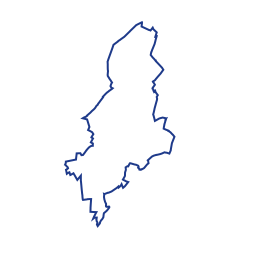 the district of Tukums, Tukums, Latvia, rotated 115°
{"feature_id": "27541924B84924671818931", "entity_name": "Tukums", "entity_type": "district", "adm_level": 2, "iso_a3": "LVA", "parent_name": "Latvia", "parent_adm1": "Tukums", "projection": "robinson", "projection_center": [23.156, 56.969], "detail": "fine", "context": "isolated", "style": "outline", "palette": "blue", "viewbox_px": 256, "rotation_deg": 115, "n_neighbors": 0, "source": "geoboundaries", "source_scale": "gbopen_adm2", "svg_char_len": 5496}
<svg xmlns="http://www.w3.org/2000/svg" viewBox="0 0 256 256"><g transform="rotate(115 128 128)"><path d="M129.1,80.2L123.1,81.8L122.9,81.8L119.5,82.0L116.3,82.2L115.1,84.6L115.0,85.1L113.9,87.8L113.9,88.0L113.6,89.9L113.6,90.2L113.3,90.2L113.3,90.4L113.4,91.8L113.5,93.1L113.5,95.4L112.5,95.7L112.2,95.8L111.9,95.9L111.0,96.1L109.8,96.4L109.7,96.4L109.6,96.5L108.6,96.7L107.4,96.8L106.5,97.0L105.6,97.1L104.7,97.2L103.9,97.3L103.6,97.4L103.4,97.4L103.5,97.5L103.1,97.5L103.9,101.0L105.3,102.7L106.2,103.7L109.4,106.0L110.2,106.6L107.9,108.4L107.0,109.2L105.9,110.1L105.7,110.3L105.1,110.9L103.9,111.1L103.3,111.2L100.1,111.9L98.9,112.2L95.9,112.7L94.8,112.9L90.5,113.6L90.4,113.6L90.1,113.7L89.3,113.9L87.7,115.1L85.6,114.9L84.5,117.0L84.2,117.5L83.9,118.1L82.9,119.0L83.6,119.2L83.4,119.5L84.2,119.7L83.6,120.4L83.5,120.6L83.2,120.5L82.9,120.9L82.6,121.2L82.1,121.9L82.0,122.4L81.7,122.6L81.2,122.6L77.5,121.9L77.4,122.1L76.7,122.9L76.3,123.6L76.0,124.2L75.6,124.9L75.4,125.1L73.9,124.1L73.1,123.7L71.6,123.4L71.3,123.3L70.9,123.2L70.6,123.1L69.4,122.8L65.0,121.5L60.3,120.6L59.4,122.0L59.0,122.6L58.9,122.8L58.8,123.1L57.5,126.3L56.7,128.3L55.6,131.1L55.4,131.2L55.5,131.3L55.3,131.6L54.9,132.3L54.8,132.7L54.5,133.2L54.1,134.2L53.7,135.3L52.2,138.3L50.6,138.7L49.4,139.0L49.2,138.9L47.0,139.1L44.6,139.2L40.6,139.4L39.1,139.7L37.8,139.9L37.4,140.0L37.0,140.1L36.5,140.2L35.9,140.3L34.7,140.5L33.5,140.7L33.2,140.7L32.8,140.8L33.6,141.8L29.2,142.4L28.2,145.4L27.7,146.9L27.1,147.4L26.6,148.0L28.4,148.4L30.1,148.8L30.1,149.2L30.1,149.6L30.3,150.3L30.3,158.2L30.3,158.6L26.6,159.8L26.3,160.1L29.7,162.8L30.1,163.1L31.4,164.1L31.5,164.1L39.3,167.1L39.8,167.2L40.5,167.5L46.9,169.9L50.4,171.9L52.1,172.8L52.5,173.1L53.0,173.5L53.8,173.7L54.1,173.8L54.4,174.0L58.7,176.3L62.3,175.9L70.2,175.2L73.3,174.9L73.5,174.9L75.8,174.6L76.6,174.5L76.9,174.3L79.0,173.2L80.3,172.6L81.8,171.9L83.2,171.2L84.1,170.7L84.8,170.2L86.8,169.5L88.1,169.0L88.5,168.9L88.7,168.7L88.9,168.6L89.2,168.4L89.4,168.3L89.6,168.0L89.9,167.6L90.2,167.0L90.3,166.9L90.5,166.6L90.6,166.4L91.2,165.6L91.7,164.7L92.2,163.8L93.3,162.2L93.4,161.9L93.5,161.7L94.6,161.8L95.4,161.8L96.4,161.7L97.4,161.6L98.0,160.8L98.5,160.1L98.5,159.4L98.5,158.7L99.4,159.1L100.2,159.6L100.5,159.7L100.8,159.9L101.5,160.3L102.1,160.7L103.1,161.1L104.0,161.6L104.5,161.9L105.0,162.1L106.2,162.6L107.4,163.0L108.9,163.5L110.4,164.0L110.6,163.8L110.7,163.6L112.6,164.0L114.5,164.4L115.8,164.7L117.1,164.9L117.8,165.1L118.5,165.3L119.0,165.3L119.5,165.3L119.9,165.3L120.1,165.4L120.4,165.6L120.5,165.6L120.8,165.8L121.1,165.9L121.6,166.0L122.0,166.1L122.4,166.1L122.7,166.1L123.3,166.2L123.8,166.3L124.9,166.6L125.9,167.0L127.9,167.9L130.0,168.6L132.0,169.5L134.0,170.4L134.2,170.2L135.0,170.6L135.7,171.0L136.9,172.2L138.3,173.1L137.5,168.7L143.4,163.4L146.7,163.3L146.8,160.4L147.0,158.6L147.9,157.3L148.0,157.1L148.2,156.8L151.3,157.2L152.0,157.2L152.3,155.3L156.7,155.6L156.8,154.6L156.9,153.3L159.0,152.4L159.4,153.3L160.4,154.2L161.7,155.0L163.1,155.5L164.1,155.8L164.8,156.0L165.6,156.2L165.8,156.2L165.9,156.3L166.0,156.3L168.8,156.8L171.5,157.4L172.3,158.7L171.0,160.5L171.8,162.1L172.7,163.8L174.1,163.3L176.6,162.5L178.6,161.8L179.3,162.8L183.6,168.6L184.2,169.4L184.7,170.1L185.1,169.9L185.6,169.8L186.1,169.6L187.3,169.5L187.8,169.5L187.8,169.3L188.4,167.9L188.8,166.9L189.1,166.0L189.9,165.3L191.6,166.2L191.9,166.3L192.1,166.5L193.7,165.3L195.3,164.1L195.1,164.0L194.9,163.8L194.3,163.4L193.7,163.1L193.3,162.8L192.9,162.4L193.9,161.4L195.0,160.4L194.7,160.1L194.3,159.9L193.9,159.6L192.7,158.7L192.1,158.3L193.8,155.8L196.5,152.0L191.1,150.6L192.0,150.2L195.8,148.4L196.7,147.8L203.4,143.9L206.9,141.8L207.8,141.2L208.6,140.7L209.0,140.5L209.6,140.2L211.9,138.8L212.2,138.4L211.6,137.5L210.0,135.0L209.5,134.4L208.4,132.3L208.0,131.4L212.7,129.6L216.0,128.3L217.3,127.7L218.3,127.3L219.8,126.6L219.7,126.4L219.3,125.2L218.3,122.8L217.6,121.1L219.4,121.2L223.0,121.3L224.8,121.2L224.0,120.8L223.3,120.4L223.2,120.1L223.1,119.9L222.9,119.4L222.7,118.9L222.5,118.6L223.4,118.3L223.3,118.2L224.5,117.8L225.8,116.9L226.1,116.4L226.6,115.7L228.6,115.4L229.4,114.4L229.7,114.0L227.5,113.5L226.4,113.2L225.5,113.4L224.6,113.5L223.4,113.4L222.5,113.2L221.8,112.9L219.4,112.6L216.0,113.7L215.3,113.8L213.8,113.1L212.9,112.7L211.7,112.2L210.9,112.0L209.6,111.7L208.6,111.5L208.0,111.4L207.8,111.4L207.6,111.5L207.4,111.6L207.2,111.9L207.4,112.3L207.5,112.5L208.1,113.4L208.4,113.9L208.4,114.0L208.4,114.4L208.4,114.7L208.0,115.0L207.1,115.4L206.7,115.5L206.3,115.7L205.9,115.9L205.8,116.1L205.7,116.3L205.3,116.7L205.1,116.9L204.5,117.7L203.5,118.5L202.9,119.1L202.6,119.3L201.0,120.4L200.4,120.7L199.3,121.1L198.6,121.3L197.9,121.8L197.9,121.6L197.8,121.4L195.1,118.8L194.9,118.3L192.5,116.1L187.1,112.9L185.1,112.0L185.9,111.3L184.9,110.8L183.1,110.2L181.6,110.1L183.7,107.9L184.3,107.2L182.1,106.2L176.9,105.0L177.1,106.9L177.1,107.9L177.0,108.2L177.0,110.2L176.9,110.8L174.6,110.6L172.9,110.5L172.5,110.6L169.5,111.9L167.1,112.2L166.5,112.4L164.7,113.5L162.9,112.4L162.7,111.6L160.2,111.5L159.2,111.4L158.9,110.8L158.3,106.7L157.9,105.1L157.9,102.8L158.5,102.1L159.7,102.1L159.9,101.6L159.9,101.0L160.1,100.8L160.9,100.1L160.7,99.4L160.0,98.8L160.2,98.5L159.1,97.6L157.7,96.6L157.2,96.4L153.0,95.3L151.3,94.5L149.7,95.6L149.1,95.9L148.9,96.4L143.7,94.2L142.2,93.0L140.4,91.0L140.4,90.8L138.2,88.0L136.9,86.6L134.6,84.6L134.4,83.5L134.0,82.4L133.9,81.5L133.7,79.7L130.2,79.8L129.1,80.2Z" fill="none" stroke="#1e3a8a" stroke-width="2"/></g></svg>